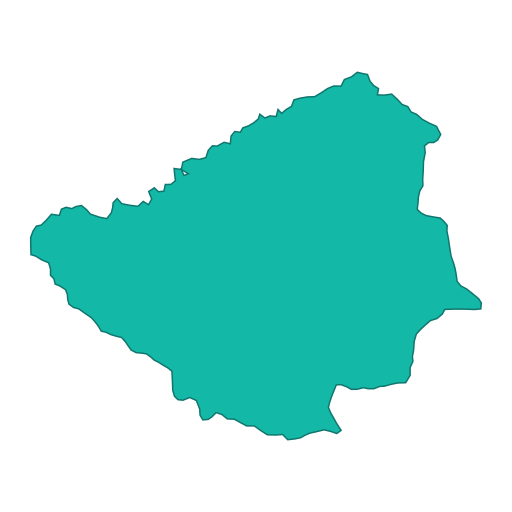 the district of São João do Pacuí, Minas Gerais, Brazil
{"feature_id": "56859067B19331061233484", "entity_name": "São João do Pacuí", "entity_type": "district", "adm_level": 2, "iso_a3": "BRA", "parent_name": "Brazil", "parent_adm1": "Minas Gerais", "projection": "albers", "projection_center": [-44.531, -16.552], "detail": "fine", "context": "isolated", "style": "filled", "palette": "teal", "viewbox_px": 512, "rotation_deg": 0, "n_neighbors": 0, "source": "geoboundaries", "source_scale": "gbopen_adm2", "svg_char_len": 2885}
<svg xmlns="http://www.w3.org/2000/svg" viewBox="0 0 512 512"><path d="M181.4,169.5L174.1,168.5L174.7,174.8L175.4,180.7L170.9,184.4L165.3,184.5L163.9,191.2L158.4,191.7L154.3,187.8L148.7,191.5L151.7,199.0L148.5,204.7L143.2,201.4L138.0,206.3L129.8,205.3L121.8,203.7L117.2,198.5L113.2,202.6L112.6,207.9L111.3,212.8L106.8,218.6L99.5,217.2L90.4,214.1L86.6,209.7L81.4,205.5L75.9,206.6L71.8,208.6L66.1,207.3L61.4,209.2L59.4,215.4L51.4,214.3L46.2,220.3L41.2,225.1L36.4,226.1L33.2,230.8L30.7,237.3L30.7,244.4L31.0,254.7L35.5,256.0L42.0,260.0L48.7,262.8L50.5,269.1L50.5,275.3L53.9,278.7L55.2,284.1L59.9,286.0L65.5,289.6L67.4,294.5L67.7,299.3L69.0,304.2L73.6,307.5L78.7,308.8L83.4,312.2L87.6,315.1L91.4,317.7L94.9,321.6L98.3,326.1L101.3,331.2L105.9,332.2L110.9,334.6L116.3,336.2L121.6,337.5L125.1,341.4L128.3,346.0L131.1,350.0L136.1,352.6L141.5,353.1L146.3,353.8L150.8,357.0L154.2,360.1L158.3,362.1L163.3,365.3L167.4,367.6L171.9,371.1L172.2,376.5L172.5,383.0L172.7,390.0L174.5,396.3L178.0,399.7L183.0,400.2L189.7,397.5L196.4,400.5L199.7,409.1L200.1,415.3L202.9,419.9L208.2,419.4L212.2,416.6L216.1,412.6L221.9,414.5L227.3,418.9L234.3,419.2L241.0,422.9L246.6,425.9L254.2,425.9L261.3,430.9L267.4,434.8L276.2,435.0L282.7,434.5L287.7,439.7L294.9,438.9L300.7,437.7L304.9,435.3L309.6,433.2L316.8,431.6L324.1,429.8L330.6,431.4L336.8,433.5L341.1,430.4L336.3,422.9L333.6,417.9L330.8,413.1L328.4,407.5L329.5,402.8L331.6,396.5L333.8,391.0L336.3,384.8L341.1,384.7L346.5,386.7L351.3,389.3L356.8,389.3L363.5,387.7L368.0,388.7L373.9,388.7L379.8,386.4L384.4,386.2L390.7,384.4L397.5,383.0L405.7,382.7L410.1,375.4L410.1,367.6L412.9,361.4L412.4,356.5L413.6,350.2L414.2,341.4L416.3,334.1L420.4,329.6L425.1,325.2L430.4,320.6L437.0,318.5L442.3,314.1L444.8,309.4L453.9,309.1L464.3,309.1L474.5,309.5L480.8,308.9L481.3,302.9L478.6,298.7L473.3,294.3L466.8,289.1L460.8,285.9L457.1,281.3L456.3,275.3L455.1,268.6L453.4,262.6L451.1,256.3L449.8,248.2L448.4,238.6L446.9,231.0L447.2,225.4L443.9,221.4L440.2,218.0L433.7,217.0L426.2,215.6L421.2,213.1L417.2,209.4L418.0,203.1L418.4,197.2L419.7,191.2L422.9,185.7L422.7,179.5L423.2,171.4L423.5,161.6L425.2,152.7L424.5,145.9L428.7,142.5L433.7,142.5L437.7,140.0L440.7,134.5L436.5,126.4L429.0,123.0L422.3,119.4L416.7,114.4L411.0,111.9L407.8,106.6L402.1,104.5L397.3,99.3L391.6,94.1L384.4,95.1L377.4,94.9L378.5,88.6L373.6,85.5L370.1,81.3L367.5,74.5L362.4,73.5L357.3,72.3L351.4,76.9L344.4,79.5L341.1,86.1L333.7,86.0L327.5,88.6L321.2,92.8L314.7,96.7L307.7,96.9L299.9,98.2L293.9,99.9L291.5,106.4L286.2,109.5L281.7,113.4L278.0,109.5L276.2,116.5L270.0,115.9L264.8,118.0L259.8,114.2L258.3,119.0L253.8,122.7L248.6,125.8L242.8,127.9L240.3,132.3L234.8,131.5L231.1,136.0L230.3,143.8L224.1,142.3L217.1,146.1L212.4,145.8L208.3,150.3L205.9,157.6L199.4,159.4L191.7,158.4L182.8,162.2L181.4,169.5ZM181.4,169.5L188.4,173.8L183.9,175.5L181.4,169.5Z" fill="#14b8a6" stroke="#0f766e" stroke-width="1.5"/></svg>